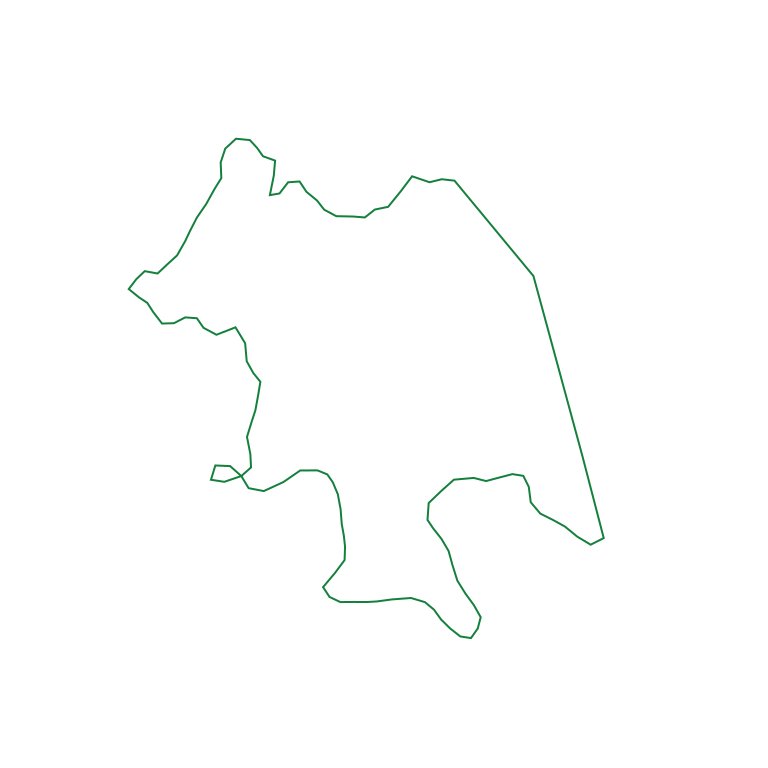 outline of Marema, Santa Catarina, Brazil, rotated 211°
{"feature_id": "56859067B18481961771454", "entity_name": "Marema", "entity_type": "district", "adm_level": 2, "iso_a3": "BRA", "parent_name": "Brazil", "parent_adm1": "Santa Catarina", "projection": "robinson", "projection_center": [-52.623, -26.808], "detail": "fine", "context": "isolated", "style": "outline", "palette": "green", "viewbox_px": 768, "rotation_deg": 211, "n_neighbors": 0, "source": "geoboundaries", "source_scale": "gbopen_adm2", "svg_char_len": 1619}
<svg xmlns="http://www.w3.org/2000/svg" viewBox="0 0 768 768"><g transform="rotate(211 384 384)"><path d="M428.3,594.6L439.9,589.3L448.9,580.4L466.9,576.5L468.9,557.7L471.7,538.0L481.7,528.8L486.2,516.9L496.8,511.6L511.3,503.3L525.0,502.6L536.0,506.8L549.5,508.8L560.7,514.1L570.1,507.5L571.7,493.5L579.1,487.1L585.8,505.9L592.4,519.4L605.0,516.9L614.4,521.0L624.6,524.0L637.2,518.0L641.3,504.0L638.1,489.8L629.5,476.7L629.7,463.9L629.1,446.9L630.1,430.4L629.1,415.1L628.0,404.1L627.6,387.6L631.5,374.5L635.0,362.1L647.2,357.5L650.3,346.3L651.7,333.9L638.8,332.1L628.6,331.6L618.9,326.8L605.4,321.5L595.4,327.9L588.7,338.7L578.3,344.0L567.6,339.2L553.0,339.9L540.5,356.1L524.0,347.4L513.4,332.8L501.7,326.1L491.1,322.2L486.2,309.8L480.7,295.2L478.1,283.9L474.2,268.1L462.4,255.0L455.0,244.0L458.9,231.6L446.4,225.0L431.9,230.3L419.7,248.2L411.3,266.7L396.5,275.7L386.0,277.3L377.3,273.4L366.9,265.8L356.7,254.3L348.1,242.2L340.3,233.3L333.6,224.5L327.1,212.8L328.7,196.8L331.6,178.5L321.0,173.4L309.1,174.6L297.5,181.7L286.7,188.1L278.3,193.8L266.3,203.4L250.6,214.5L236.5,218.1L224.9,216.3L213.7,211.5L201.2,208.5L188.6,206.9L178.6,211.0L177.7,222.7L181.0,233.9L193.2,240.8L206.3,246.3L219.8,253.2L232.0,264.0L242.6,274.1L255.1,280.9L267.3,285.5L276.7,289.9L284.4,305.0L279.7,322.2L274.8,338.0L258.7,349.7L246.5,353.4L236.9,363.3L227.5,372.9L217.3,377.0L206.9,370.4L197.3,358.2L183.2,353.4L169.1,354.5L155.5,355.0L139.8,352.7L124.1,352.7L116.3,365.1L177.1,424.7L311.5,553.5L428.3,594.6ZM458.9,231.6L473.6,234.4L486.6,227.3L483.0,212.8L470.5,217.9L458.9,231.6Z" fill="none" stroke="#15803d" stroke-width="2"/></g></svg>